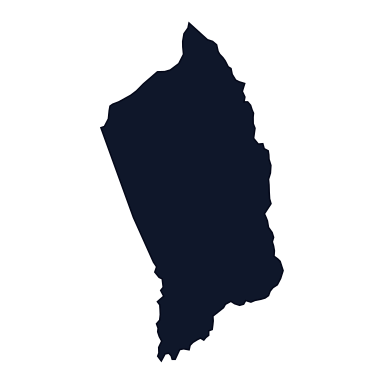 outline of Tabira, Pernambuco, Brazil
{"feature_id": "56859067B43528935445222", "entity_name": "Tabira", "entity_type": "district", "adm_level": 2, "iso_a3": "BRA", "parent_name": "Brazil", "parent_adm1": "Pernambuco", "projection": "equal_earth", "projection_center": [-37.499, -7.579], "detail": "fine", "context": "isolated", "style": "filled", "palette": "ink", "viewbox_px": 384, "rotation_deg": 0, "n_neighbors": 0, "source": "geoboundaries", "source_scale": "gbopen_adm2", "svg_char_len": 1675}
<svg xmlns="http://www.w3.org/2000/svg" viewBox="0 0 384 384"><path d="M100.9,127.7L133.4,217.4L153.5,262.2L156.6,266.8L154.8,272.1L159.1,277.4L162.2,278.8L163.2,287.3L160.7,290.4L163.7,296.2L157.4,301.7L159.8,304.9L160.1,309.6L160.3,314.6L159.7,320.1L156.5,323.8L158.1,328.2L157.7,331.8L159.3,336.6L161.7,341.1L158.7,347.4L158.9,352.9L157.7,356.2L161.3,361.0L165.1,353.9L168.8,353.2L171.1,355.7L172.2,359.3L175.2,359.3L179.7,349.6L183.6,348.8L189.1,349.8L190.1,345.3L192.9,342.4L197.6,339.5L200.5,338.1L203.8,340.1L205.9,337.5L208.7,335.3L208.7,330.8L212.2,329.5L212.8,324.8L213.2,320.9L212.9,316.1L223.5,307.7L225.4,304.3L230.9,301.3L234.6,303.7L239.6,305.3L243.6,304.2L245.7,300.5L250.9,302.1L255.0,300.4L261.0,299.2L265.1,298.0L268.5,295.6L270.1,291.2L272.9,287.7L277.3,284.8L280.6,278.5L283.1,270.6L280.1,261.3L277.8,259.0L274.0,256.2L274.4,250.8L273.6,246.1L272.3,241.8L273.6,237.4L272.1,232.5L268.5,227.4L267.4,220.8L266.0,217.3L264.4,213.8L271.0,203.7L269.6,198.8L269.2,192.0L269.0,184.7L268.5,179.3L270.4,173.1L270.9,165.4L269.0,159.3L268.8,154.8L268.2,150.8L264.2,148.7L262.8,143.7L258.3,144.1L253.6,138.3L255.0,128.2L253.2,123.7L253.1,117.2L253.5,113.2L252.0,109.7L250.6,105.3L247.7,101.9L244.0,101.9L244.9,97.0L242.3,91.4L244.7,83.5L239.1,81.8L235.7,80.1L232.2,74.4L231.0,68.5L228.2,66.8L225.2,60.9L223.0,57.8L219.7,54.3L218.1,51.5L216.6,44.8L212.6,41.4L207.4,39.7L189.0,23.0L188.0,28.0L184.0,33.7L182.7,41.4L182.8,46.8L183.5,54.3L178.8,63.6L170.3,70.0L164.8,71.6L161.8,71.7L157.4,71.8L143.4,83.9L136.5,90.9L130.7,95.3L118.7,101.9L112.7,104.2L110.0,106.1L109.2,110.7L108.4,118.8L104.4,126.5L100.9,127.7Z" fill="#0f172a" stroke="#020617" stroke-width="1.5"/></svg>